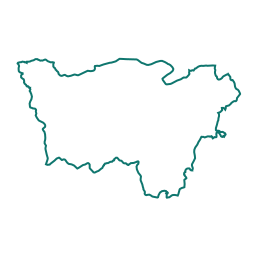 the district of Sanmatenga, Sanmatenga, Burkina Faso, rotated 271°
{"feature_id": "67063806B54692073140068", "entity_name": "Sanmatenga", "entity_type": "district", "adm_level": 2, "iso_a3": "BFA", "parent_name": "Burkina Faso", "parent_adm1": "Sanmatenga", "projection": "mercator", "projection_center": [-1.024, 13.246], "detail": "fine", "context": "isolated", "style": "outline", "palette": "teal", "viewbox_px": 256, "rotation_deg": 271, "n_neighbors": 0, "source": "geoboundaries", "source_scale": "gbopen_adm2", "svg_char_len": 5801}
<svg xmlns="http://www.w3.org/2000/svg" viewBox="0 0 256 256"><g transform="rotate(271 128 128)"><path d="M191.9,214.1L192.0,211.7L191.6,206.3L191.8,205.0L191.4,202.1L191.5,200.2L191.1,198.4L190.5,197.1L188.7,194.7L188.6,194.0L186.6,192.6L186.9,191.2L186.3,190.2L186.3,189.3L186.8,188.2L185.8,188.3L184.1,188.1L183.2,188.5L181.9,187.7L179.8,185.8L179.5,185.3L179.4,182.6L177.6,179.9L176.3,176.3L173.2,170.7L172.8,169.6L172.3,166.1L172.4,165.4L172.7,164.9L176.6,162.0L177.8,161.6L178.4,162.1L182.0,166.5L183.6,169.2L185.4,171.2L185.8,171.6L187.1,172.2L188.1,172.2L189.7,171.2L191.6,169.3L192.4,167.9L192.6,167.1L192.9,166.5L193.4,165.9L194.6,163.7L195.7,160.9L195.6,159.0L194.5,155.0L192.2,150.2L191.4,147.2L191.5,145.6L192.7,142.7L193.4,140.4L196.3,136.4L196.7,135.3L196.8,125.2L197.0,119.5L197.0,118.3L194.5,114.7L194.2,113.9L193.1,110.3L192.9,108.6L191.1,102.4L189.5,98.2L189.7,96.2L189.4,93.9L189.0,93.7L186.6,93.9L185.8,93.6L185.2,93.2L184.7,92.4L184.3,90.8L184.2,89.3L184.5,86.7L179.9,77.4L179.9,76.4L180.4,74.6L180.5,73.4L179.2,69.9L178.6,67.1L179.0,65.8L180.0,64.0L179.9,63.2L179.0,61.0L179.0,60.2L179.5,59.0L181.0,57.6L182.2,57.4L182.9,57.0L183.8,55.8L184.6,55.3L185.0,54.6L186.1,54.2L186.7,53.8L187.0,53.2L188.1,52.3L190.5,52.2L191.2,52.3L191.9,52.8L192.2,52.7L192.5,51.3L192.3,49.6L193.4,46.6L194.8,44.8L195.0,44.2L194.9,43.6L193.9,41.3L194.0,40.0L193.8,39.1L194.5,37.8L194.6,37.0L195.1,36.6L195.3,36.0L195.2,34.2L194.1,32.5L193.5,30.2L192.8,28.9L192.5,27.2L192.6,26.6L192.2,26.0L192.3,25.7L191.3,25.6L192.2,23.7L192.0,23.4L192.2,23.2L192.5,21.2L191.9,20.0L191.9,19.0L191.4,17.0L191.1,16.7L190.5,16.5L189.9,17.2L188.6,17.9L187.8,18.0L186.2,17.6L185.1,17.6L183.1,17.8L182.6,18.1L182.0,18.7L181.5,19.6L180.9,21.7L180.1,21.7L179.8,21.0L179.0,20.4L178.6,20.2L176.7,20.3L175.6,21.6L174.9,22.8L174.0,23.2L172.5,23.4L172.0,23.2L171.5,23.3L170.9,23.8L170.5,23.9L169.3,25.4L168.4,25.7L168.0,26.1L167.7,26.5L168.0,26.8L168.1,27.1L167.4,28.1L166.3,28.6L166.4,29.4L165.7,29.3L165.0,29.7L164.3,29.5L163.7,29.1L162.9,29.2L162.8,29.5L162.0,30.0L161.4,30.1L160.5,30.6L157.7,31.4L155.0,30.9L152.8,29.8L150.7,29.2L147.7,29.6L146.9,29.9L146.7,30.3L146.4,31.6L146.0,32.2L145.7,34.7L144.9,35.6L144.2,35.8L143.6,35.6L142.8,35.6L140.8,36.1L139.0,35.5L137.0,36.5L134.3,38.4L133.8,39.0L131.8,43.2L130.4,44.6L129.5,45.1L128.5,45.2L127.6,45.0L126.2,43.4L125.7,42.9L125.2,42.8L124.0,43.4L122.7,44.5L120.2,45.2L116.7,45.5L114.9,45.4L112.9,44.9L111.2,44.9L108.9,46.3L106.4,45.8L105.3,45.9L100.0,47.2L96.4,48.3L95.0,48.1L90.3,46.6L89.8,47.9L89.9,49.6L90.1,50.4L90.9,51.1L94.1,55.1L96.2,57.2L97.1,59.3L97.1,59.8L94.9,62.3L95.0,63.1L95.4,63.7L95.5,64.3L95.4,65.2L94.9,65.9L92.4,67.7L91.3,69.0L91.0,69.6L90.8,71.5L90.5,72.6L89.5,74.8L86.6,78.0L87.2,79.2L90.2,83.7L90.7,85.7L92.1,88.0L92.2,88.5L92.2,88.9L91.5,89.8L90.7,90.3L87.3,90.4L86.7,90.8L83.9,93.6L83.1,94.2L82.9,95.0L82.9,95.6L83.9,97.5L84.6,99.3L87.1,102.2L87.4,102.8L87.7,103.1L89.5,103.8L89.8,104.3L90.3,104.7L90.8,104.6L92.1,105.8L92.0,106.3L92.5,107.4L92.6,108.7L93.9,110.9L93.9,111.9L94.1,112.3L94.1,112.8L94.5,113.0L95.2,113.7L95.1,114.2L95.2,114.4L95.5,114.7L96.5,114.7L98.1,116.6L98.1,117.6L97.3,118.5L95.8,119.7L95.4,120.3L95.1,122.1L92.9,124.1L92.6,125.0L92.7,126.3L92.5,126.8L91.7,127.4L91.6,128.3L91.0,128.7L91.0,129.0L92.9,131.4L93.2,134.4L94.3,137.2L94.7,137.8L94.8,138.7L94.2,139.2L92.3,138.9L91.3,137.9L89.6,137.2L86.8,137.6L83.3,139.2L80.8,141.3L79.8,141.8L77.0,141.5L75.8,141.6L71.8,143.3L69.0,144.0L68.0,144.4L66.9,144.5L65.7,145.2L65.0,145.8L64.2,146.0L62.8,145.8L62.2,146.0L61.5,146.6L61.2,147.4L61.6,149.2L61.7,150.6L61.0,152.0L59.9,153.6L59.0,158.5L59.3,159.2L61.5,159.8L64.0,161.1L65.4,163.0L65.9,165.5L65.6,167.0L65.2,167.0L64.8,168.1L64.0,168.9L63.4,168.8L63.3,168.4L63.5,167.7L63.2,167.3L62.3,168.0L62.0,167.9L59.5,167.8L59.0,168.2L59.2,168.7L59.5,170.6L61.3,172.9L61.7,173.7L61.9,175.4L61.7,177.3L61.3,178.9L62.7,179.5L67.5,180.7L68.0,181.1L69.0,182.9L69.5,184.7L69.8,185.4L73.0,185.6L77.0,185.2L77.5,185.6L78.7,187.2L79.5,187.1L81.3,185.6L81.9,185.5L82.0,185.1L82.3,184.9L83.8,184.9L84.4,185.2L84.8,186.1L85.2,186.2L85.7,185.9L87.4,186.5L88.2,187.4L88.5,188.0L88.7,189.8L88.4,190.4L87.6,190.8L87.1,191.3L86.7,192.0L86.7,193.0L87.3,192.9L87.7,193.3L89.0,193.5L91.5,192.6L92.8,192.6L96.3,194.4L99.0,195.6L101.5,195.3L105.0,194.6L107.4,194.7L109.7,195.6L112.6,197.6L115.2,198.7L117.6,200.2L120.4,201.5L120.5,201.6L120.3,202.2L120.5,203.0L120.4,203.7L119.9,204.9L121.0,207.8L121.0,209.5L120.7,210.2L121.0,210.7L120.9,211.3L121.2,211.6L120.8,212.2L119.9,212.4L119.1,213.0L119.9,214.1L120.4,214.5L120.3,216.1L120.5,216.5L121.4,216.7L123.4,216.4L124.7,216.6L125.3,217.4L124.8,218.8L124.3,219.4L122.5,220.6L121.4,221.1L120.8,222.1L120.7,222.5L120.8,223.2L121.7,223.5L121.7,224.0L121.4,224.3L121.9,224.4L122.0,224.8L122.4,224.8L122.9,225.3L122.9,225.5L123.3,225.7L124.4,225.2L124.6,224.5L125.2,223.8L125.6,223.1L125.8,222.3L125.6,221.8L125.6,220.6L126.7,219.2L126.8,218.9L126.9,216.5L127.2,216.1L127.6,215.9L129.5,215.9L132.9,216.9L136.2,217.6L137.1,218.1L139.5,218.3L141.4,218.8L142.9,218.8L144.0,218.5L144.0,218.4L144.7,217.9L145.5,219.9L147.4,221.8L149.7,221.5L149.8,222.8L149.6,223.4L148.0,224.9L149.5,225.4L150.8,225.4L151.5,225.7L152.3,228.5L153.7,230.1L154.9,231.0L156.4,233.0L156.7,233.8L156.7,235.3L157.0,235.7L157.7,236.2L159.9,236.5L163.6,239.3L164.0,239.5L164.5,239.4L167.1,238.1L167.9,237.4L168.3,237.0L168.8,235.8L169.5,235.1L171.2,234.3L174.4,233.8L175.9,233.1L177.8,231.7L177.6,230.5L178.3,229.7L178.9,229.5L180.8,229.4L183.7,227.2L183.2,226.9L183.4,226.5L183.3,226.0L181.4,222.6L180.7,221.8L179.7,221.2L178.8,220.1L178.2,219.0L178.0,217.8L178.4,216.9L179.5,216.2L181.0,215.9L181.5,215.1L182.2,214.7L184.5,214.0L185.7,214.0L187.5,214.3L188.7,213.8L189.3,213.7L191.9,214.1Z" fill="none" stroke="#0f766e" stroke-width="2"/></g></svg>